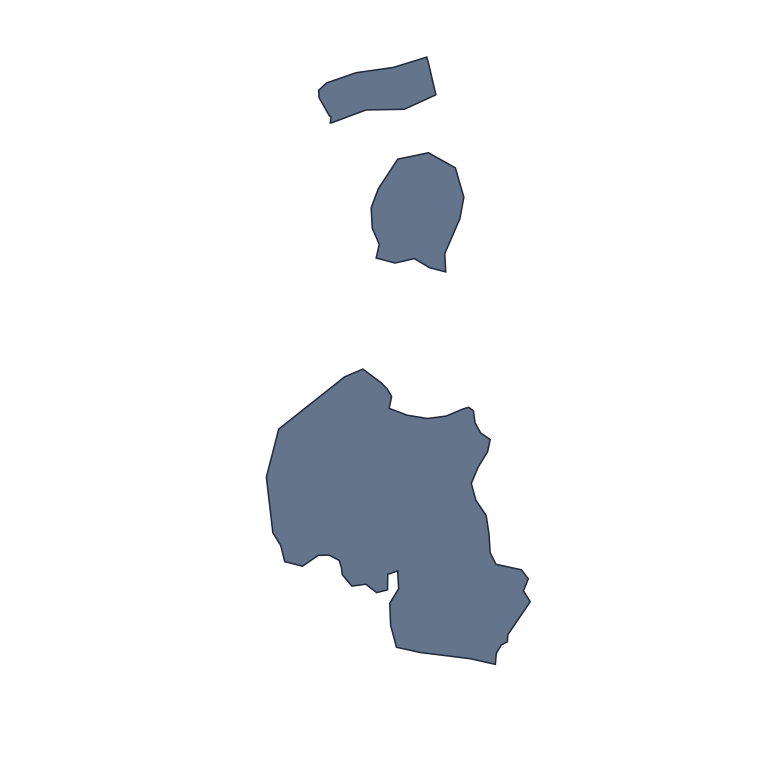 Comrat, Robinson projection, rotated 159°
{"feature_id": "MDA-1626", "entity_name": "Comrat", "entity_type": "Autonomous Territory", "adm_level": 1, "iso_a3": "MDA", "parent_name": "Moldova", "parent_adm1": "", "projection": "robinson", "projection_center": [28.549, 46.002], "detail": "fine", "context": "isolated", "style": "filled", "palette": "slate", "viewbox_px": 768, "rotation_deg": 159, "n_neighbors": 0, "source": "natural_earth", "source_scale": "10m", "svg_char_len": 1247}
<svg xmlns="http://www.w3.org/2000/svg" viewBox="0 0 768 768"><g transform="rotate(159 384 384)"><path d="M380.5,82.3L402.1,96.7L446.2,120.2L466.7,133.7L464.3,156.4L457.2,177.3L443.7,187.6L438.3,204.6L448.7,204.9L454.5,190.5L465.7,191.9L472.7,203.6L486.4,206.8L491.3,220.9L489.6,227.8L489.0,235.3L496.6,243.9L506.8,247.6L525.4,243.1L540.3,253.7L538.3,270.2L541.1,284.9L527.2,339.2L498.5,379.6L418.2,404.8L398.4,405.5L386.1,386.0L382.8,378.1L381.4,369.5L387.9,359.4L373.6,346.6L355.7,336.2L337.5,331.8L318.9,332.4L313.3,331.9L310.1,327.0L312.9,315.1L311.3,303.7L304.7,294.1L311.5,283.7L325.6,272.9L338.1,259.9L339.9,242.7L335.7,224.5L339.8,206.1L345.3,188.6L344.1,175.6L322.3,161.3L319.1,150.4L327.9,140.9L325.5,128.3L358.1,105.7L361.2,99.1L368.0,98.3L375.6,92.4L380.5,82.3ZM290.6,589.0L259.7,584.0L239.9,560.2L242.5,529.7L254.1,510.9L280.5,484.0L286.2,466.5L299.8,476.2L310.8,490.2L330.4,493.0L346.2,504.4L338.4,516.0L339.1,533.7L332.9,553.0L319.4,568.3L290.6,589.0ZM340.7,647.0L338.0,651.5L337.9,652.8L338.9,653.9L342.0,674.5L339.8,681.6L329.6,685.7L298.3,684.6L261.8,676.2L227.0,673.9L226.9,673.9L227.5,667.5L231.9,635.4L266.7,633.2L302.7,646.3L339.5,646.6L340.4,646.9L340.7,647.0Z" fill="#64748b" stroke="#1e293b" stroke-width="1.5"/></g></svg>